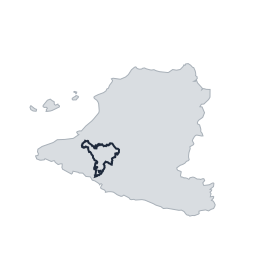 where Zaragoza sits in Spain, rotated 191°
{"feature_id": "ESP-5853", "entity_name": "Zaragoza", "entity_type": "Autonomous Community", "adm_level": 1, "iso_a3": "ESP", "parent_name": "Spain", "parent_adm1": "", "projection": "mercator", "projection_center": [-1.121, 41.843], "detail": "medium", "context": "in_parent", "style": "outline", "palette": "slate", "viewbox_px": 256, "rotation_deg": 191, "n_neighbors": 0, "source": "natural_earth", "source_scale": "10m", "svg_char_len": 5263}
<svg xmlns="http://www.w3.org/2000/svg" viewBox="0 0 256 256"><g transform="rotate(191 128 128)"><path d="M137.9,60.6L137.9,61.3L139.1,62.6L142.6,63.4L143.5,64.0L143.3,65.8L142.5,67.4L143.3,68.1L144.1,68.1L145.2,66.8L145.4,67.6L147.0,68.4L150.6,69.8L153.1,70.0L155.7,72.9L160.0,72.4L163.8,75.1L167.4,74.5L168.2,75.0L173.7,75.1L174.0,72.9L174.7,72.0L184.4,75.1L185.5,77.0L185.3,77.9L185.8,80.2L187.1,80.1L189.6,78.8L192.9,80.4L193.8,81.7L194.5,81.8L196.9,80.5L203.6,82.1L203.9,81.0L204.4,80.7L207.2,79.8L208.3,79.6L211.9,80.3L212.3,81.5L213.0,82.0L213.3,83.1L211.2,83.8L211.0,85.7L212.3,87.3L212.4,90.0L208.8,93.5L198.6,99.5L195.2,103.0L187.6,104.8L179.7,107.4L175.0,112.1L176.2,112.5L177.6,114.1L177.1,114.8L175.1,115.9L173.2,116.2L169.8,121.9L165.0,127.8L163.3,130.5L159.6,137.3L159.5,139.3L161.4,146.1L162.4,147.8L163.9,149.3L166.7,150.6L167.4,151.8L166.4,153.0L163.6,155.1L158.8,158.0L156.7,160.2L156.2,162.3L154.8,163.3L154.3,166.3L152.3,170.5L152.2,171.6L153.7,173.1L152.2,174.0L144.8,174.4L140.1,177.6L137.8,180.5L135.7,185.8L133.2,188.9L132.0,189.5L130.3,188.1L128.1,187.9L126.0,188.4L124.9,189.5L123.2,190.1L121.5,189.6L117.8,189.3L116.2,189.3L113.6,190.2L111.5,189.6L107.8,189.3L99.8,190.0L98.8,190.3L95.3,193.9L91.4,194.0L87.9,195.4L85.6,198.9L85.1,200.7L84.4,200.3L83.9,200.5L83.6,201.9L81.2,202.7L78.5,201.6L76.2,199.9L75.0,199.8L73.1,197.1L72.3,195.4L71.7,193.6L71.7,192.3L70.0,191.5L69.5,189.8L70.8,187.6L72.4,186.4L70.9,186.5L69.8,187.9L68.4,185.6L62.6,181.2L62.9,179.6L61.9,180.8L61.2,181.1L58.3,180.9L54.8,181.5L53.4,173.9L54.3,171.3L58.1,166.0L60.5,165.3L61.5,162.6L59.3,162.8L55.8,157.6L56.7,152.7L60.2,149.0L60.8,147.5L60.9,146.2L60.2,145.2L58.3,144.7L56.3,140.8L55.9,138.4L54.3,137.0L52.9,134.6L54.1,134.2L59.1,134.2L60.3,133.6L61.2,132.0L62.2,129.3L62.4,127.7L60.4,125.3L60.4,124.8L60.6,124.1L63.7,121.4L63.0,119.5L63.5,115.4L63.3,113.0L63.0,111.0L61.9,108.5L62.6,107.4L64.2,106.5L65.4,104.4L67.3,102.7L69.7,101.3L72.5,98.2L72.0,96.8L71.1,96.0L67.6,95.4L67.4,94.8L67.4,91.4L66.5,90.0L65.2,90.2L63.3,89.6L62.8,90.0L60.4,89.9L58.7,89.3L58.0,89.8L57.7,91.0L54.9,92.2L53.3,92.1L50.6,91.1L47.6,91.5L47.2,91.2L44.7,92.6L43.8,92.6L42.7,91.0L44.1,88.5L42.9,86.2L42.1,86.2L37.3,87.8L34.6,90.1L33.4,90.3L33.1,89.9L32.9,86.8L35.8,83.4L34.0,83.2L34.1,82.2L35.3,80.7L34.0,79.5L34.1,76.1L31.4,77.2L30.8,77.0L30.7,75.6L32.3,72.9L30.6,72.6L29.4,71.5L27.8,69.3L27.8,68.1L28.6,65.3L30.9,64.0L33.1,62.0L36.2,62.4L40.8,60.8L42.4,59.9L42.3,58.7L41.8,57.9L42.3,57.0L46.0,54.7L48.2,54.4L50.5,53.3L52.1,54.0L53.4,53.8L54.9,54.7L57.0,56.7L59.9,57.6L62.3,56.9L74.5,56.7L77.9,55.7L80.6,57.0L85.8,57.6L88.9,58.6L97.5,60.4L100.6,60.4L106.9,58.7L108.6,59.1L111.1,58.3L112.3,58.4L113.8,59.7L119.3,61.3L120.8,59.9L121.9,59.6L125.8,60.4L129.8,62.2L131.9,62.3L134.9,61.8L137.9,60.6ZM210.9,132.1L212.3,132.8L213.8,132.2L214.6,132.4L215.4,132.7L215.6,133.9L212.4,139.9L209.8,141.5L207.3,140.2L205.8,139.9L205.4,139.4L205.0,137.5L204.3,136.9L203.4,136.6L201.4,138.1L200.8,137.1L199.8,136.9L199.4,136.3L199.5,135.5L205.6,130.9L207.4,129.9L211.1,128.7L211.7,128.8L211.2,129.6L211.7,130.2L210.9,132.1ZM228.2,129.7L227.6,131.4L223.1,129.1L221.6,128.9L221.2,128.5L221.4,126.9L224.4,126.6L226.9,127.5L228.2,129.7ZM185.8,148.8L185.2,150.0L183.0,149.6L182.5,149.1L183.0,147.8L183.6,147.6L183.7,146.7L184.3,145.7L187.5,145.0L188.3,145.6L188.4,146.5L186.5,148.5L185.8,148.8ZM188.0,153.5L187.6,153.7L185.2,153.5L185.1,152.7L185.6,151.7L186.5,152.7L188.0,152.9L188.0,153.5Z" fill="#d9dde1" stroke="#a8b0b8" stroke-width="1"/><path d="M147.5,76.1L148.9,75.9L149.2,75.0L151.0,74.0L150.9,74.7L151.4,75.3L150.7,75.9L151.0,76.6L151.2,79.5L151.1,80.2L151.9,80.8L152.0,81.3L150.7,83.5L150.8,83.8L151.2,83.9L151.6,83.3L152.4,83.3L153.0,82.0L152.8,81.1L153.2,81.1L153.4,81.4L153.6,82.9L153.2,83.7L153.3,87.2L152.8,87.8L152.3,87.3L151.8,87.4L151.6,88.3L151.8,89.0L152.9,89.7L154.7,90.0L155.4,91.1L156.6,92.1L157.2,94.1L158.8,95.1L159.3,96.2L160.6,97.3L161.6,97.0L162.9,99.3L163.4,101.3L164.2,101.1L164.7,101.6L166.0,101.7L166.3,101.0L166.8,100.6L167.1,100.9L167.6,100.7L168.0,100.2L169.4,100.7L169.2,101.4L169.8,101.7L170.0,102.3L169.6,103.2L169.7,104.1L169.0,104.6L168.7,105.5L167.6,106.2L167.6,107.3L165.5,107.1L165.0,107.7L164.7,107.6L163.9,106.0L160.4,104.4L159.8,103.6L159.4,103.9L158.4,103.3L157.1,101.7L156.1,101.8L156.9,103.7L156.7,104.2L155.5,102.4L155.1,102.3L155.1,103.8L154.9,104.0L155.4,104.9L154.1,106.4L153.3,105.4L153.0,105.7L152.5,106.8L151.3,106.1L150.4,107.1L148.3,105.5L147.3,106.2L146.1,106.0L145.7,106.5L145.8,107.2L145.6,107.6L144.7,107.6L144.1,107.2L143.6,107.4L143.3,108.0L142.8,108.4L143.0,109.2L142.6,109.6L140.4,109.7L138.2,107.4L135.6,105.4L134.0,105.7L132.7,105.0L132.3,102.2L132.9,101.2L133.1,100.2L133.3,99.9L134.0,100.1L134.4,101.1L135.6,100.5L135.2,99.0L135.0,96.9L135.3,96.7L135.9,96.8L137.0,95.8L137.5,95.6L137.9,94.7L137.1,93.0L137.5,91.8L137.0,90.8L137.0,88.9L138.2,89.1L139.2,89.8L140.1,89.7L141.4,90.6L142.3,90.4L143.5,90.7L145.0,87.8L143.8,86.5L143.7,85.3L143.4,84.7L143.9,82.9L144.7,81.7L144.4,81.3L144.5,80.6L145.6,79.1L145.4,78.6L145.7,77.9L146.6,77.7L147.3,76.9L147.1,76.6L147.5,76.1ZM148.5,80.2L148.1,79.3L147.8,79.4L147.6,80.0L148.5,80.2ZM146.8,80.8L147.2,80.7L147.3,80.2L146.7,80.4L146.8,80.8Z" fill="none" stroke="#1e293b" stroke-width="2"/></g></svg>